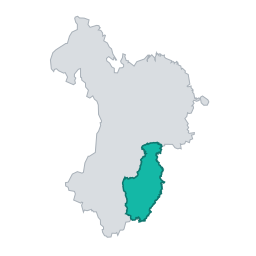 location of Xizang within China, rotated 272°
{"feature_id": "CHN-1662", "entity_name": "Xizang", "entity_type": "Autonomous Region", "adm_level": 1, "iso_a3": "CHN", "parent_name": "China", "parent_adm1": "", "projection": "robinson", "projection_center": [89.0, 31.884], "detail": "fine", "context": "in_parent", "style": "filled", "palette": "teal", "viewbox_px": 256, "rotation_deg": 272, "n_neighbors": 0, "source": "natural_earth", "source_scale": "10m", "svg_char_len": 9185}
<svg xmlns="http://www.w3.org/2000/svg" viewBox="0 0 256 256"><g transform="rotate(272 128 128)"><path d="M150.3,192.8L145.1,190.7L144.6,188.3L145.4,187.0L141.7,186.4L139.4,184.5L134.3,188.1L133.0,187.0L130.5,188.6L128.5,187.2L127.1,188.9L125.5,188.4L124.8,189.4L125.7,194.5L123.8,194.3L123.1,191.7L119.4,193.0L118.4,190.5L115.5,189.9L116.8,186.2L114.2,185.2L113.4,181.9L114.0,180.9L109.0,181.9L109.6,180.4L108.9,178.6L109.9,175.7L113.2,173.0L113.0,165.2L111.6,165.3L110.8,162.6L109.0,160.9L107.7,162.2L103.7,161.3L104.8,159.7L104.2,158.4L103.1,159.0L103.9,157.5L102.6,156.6L100.2,158.5L97.2,157.2L91.9,160.3L89.6,163.4L87.0,164.4L84.2,162.8L78.9,161.9L74.9,166.3L73.9,162.8L70.0,164.0L66.1,162.7L65.3,163.5L64.2,162.7L63.7,163.6L62.4,161.9L60.3,161.8L60.4,160.5L56.8,159.0L56.3,157.6L54.3,157.8L48.4,152.6L46.0,152.5L44.8,153.9L37.2,147.7L35.9,148.1L35.9,145.1L34.6,142.6L37.8,142.6L36.1,135.7L37.1,134.4L34.5,132.8L33.8,129.1L26.8,127.5L25.8,126.5L25.7,123.7L20.3,121.5L23.1,120.4L22.3,119.4L22.3,115.7L18.5,114.8L18.1,111.0L19.1,110.4L19.6,108.3L22.8,106.3L25.5,105.7L25.9,107.1L28.3,106.9L30.7,103.9L35.2,103.6L37.6,101.4L43.1,99.3L43.0,96.4L44.4,95.5L43.9,94.7L45.4,94.2L43.9,90.0L44.5,87.2L42.3,86.4L49.0,84.3L52.0,85.3L52.3,84.0L51.3,83.3L54.1,76.2L60.3,77.7L62.8,76.7L63.6,71.1L66.7,70.2L67.9,67.7L71.2,67.4L71.8,70.1L80.0,74.0L82.6,78.9L81.3,83.6L82.1,85.0L91.7,86.2L98.4,89.2L98.3,90.2L102.4,96.2L121.2,97.0L123.7,98.7L129.5,100.6L132.4,100.0L132.4,101.0L134.2,101.3L140.6,98.1L150.0,97.5L153.7,96.0L155.7,93.4L158.9,91.7L156.6,88.8L158.1,85.6L164.4,87.1L167.5,84.2L171.5,83.9L174.2,80.2L176.9,79.8L177.1,78.8L185.8,78.5L184.9,76.3L180.0,72.6L177.4,72.6L176.1,74.1L173.9,73.1L170.9,73.9L169.4,72.0L172.4,64.4L176.8,65.8L181.2,63.3L180.6,61.8L182.8,56.6L184.7,54.5L184.0,52.4L181.8,51.8L184.5,49.3L193.3,48.1L200.7,50.3L203.7,53.3L210.2,62.7L210.5,64.5L217.7,66.3L221.9,68.7L224.6,73.9L229.8,73.8L231.8,72.1L235.6,70.9L237.0,71.4L237.9,73.8L236.3,75.6L236.3,80.3L234.7,85.3L230.0,84.4L227.3,86.6L229.5,93.2L229.2,95.4L227.0,96.2L227.6,97.0L224.9,94.9L224.6,97.4L222.1,99.3L218.9,99.5L220.1,101.2L219.8,102.2L214.3,100.7L212.2,104.4L208.4,106.4L206.5,108.8L201.4,110.3L195.6,114.2L195.3,113.4L197.3,112.5L197.7,111.3L195.7,111.3L195.6,110.5L198.7,106.2L196.8,104.1L194.4,104.4L192.2,107.4L188.5,109.6L187.2,112.2L182.8,112.4L182.7,115.6L187.7,117.4L188.1,120.6L189.4,121.5L191.2,121.4L192.8,119.0L194.6,118.3L198.1,120.0L202.0,120.3L201.1,122.9L199.5,122.3L195.4,123.8L195.1,126.1L193.3,125.8L193.8,126.8L190.1,131.9L194.6,134.5L197.5,141.9L201.6,145.4L201.5,146.3L196.5,144.5L194.7,145.2L197.3,145.0L202.0,149.2L198.7,152.3L197.0,152.3L196.1,153.0L200.1,152.7L203.5,154.7L201.4,156.4L203.2,156.4L203.1,158.0L201.3,158.0L202.3,158.8L201.6,160.3L202.2,161.9L200.4,161.7L199.0,163.2L196.7,169.4L194.8,168.7L196.1,170.8L194.6,172.1L193.3,171.8L195.2,172.3L195.4,175.1L193.7,174.8L194.2,175.8L192.9,175.9L191.8,178.6L188.7,179.3L189.6,180.3L187.0,183.3L185.2,183.1L183.6,186.3L174.0,188.3L171.9,185.6L171.2,186.4L172.2,189.6L170.4,189.6L168.5,191.6L167.6,190.7L167.4,191.8L165.9,191.3L164.6,192.6L160.0,193.6L159.0,195.4L160.5,197.4L159.9,198.4L158.0,198.1L157.1,195.5L158.1,193.0L156.6,192.0L155.0,193.2L152.3,191.0L152.4,192.3L150.3,192.8ZM161.1,199.1L162.6,201.3L159.0,206.8L156.9,207.9L153.6,206.4L153.4,202.9L155.7,200.3L161.1,199.1ZM201.9,147.3L200.6,147.0L199.3,145.8L200.3,146.0L201.9,147.3ZM204.2,153.8L203.2,154.0L203.0,153.4L204.2,153.8ZM196.2,174.2L195.7,174.9L195.7,174.0L196.2,174.2ZM159.5,195.2L160.5,194.8L160.4,195.3L159.5,195.2Z" fill="#d9dde1" stroke="#a8b0b8" stroke-width="1"/><path d="M37.5,139.1L36.4,138.3L36.3,137.8L36.4,137.0L36.1,135.8L36.2,135.4L37.1,134.8L37.2,134.5L37.1,134.2L37.4,134.0L38.0,133.8L38.5,133.8L39.1,133.6L40.0,133.9L40.3,133.8L40.9,132.6L40.7,131.6L41.3,131.3L41.2,130.8L41.8,130.1L42.2,129.3L42.3,128.8L43.0,129.4L44.5,129.7L44.9,129.9L45.1,129.9L45.1,129.6L45.3,129.5L45.8,129.8L46.6,129.8L47.3,130.2L48.8,129.8L49.0,129.3L49.9,128.8L50.0,128.4L50.4,128.1L51.5,128.3L52.0,128.1L52.4,128.2L52.5,129.0L53.0,129.4L53.4,129.3L54.9,129.6L55.9,129.5L56.4,129.3L57.0,129.5L58.5,128.7L59.3,128.5L59.9,128.1L60.8,127.8L61.2,127.9L61.9,127.8L62.2,128.0L62.4,128.2L63.0,127.7L63.8,127.8L64.3,127.2L64.8,126.2L65.6,125.9L65.8,125.7L66.5,125.7L67.0,125.5L68.5,125.3L69.1,125.0L70.0,125.2L71.2,125.0L71.6,124.7L72.6,124.6L73.3,124.6L74.3,125.0L74.7,125.0L75.3,125.4L76.2,125.5L77.9,126.3L77.3,126.4L77.0,126.7L77.3,127.3L78.4,127.5L78.0,128.9L78.2,129.2L77.2,129.6L77.1,130.2L77.5,130.9L77.5,131.5L78.3,131.6L78.5,131.9L78.1,132.5L78.4,133.3L78.4,133.9L78.6,134.2L78.4,134.9L77.9,135.2L77.8,135.5L78.2,136.2L78.7,136.7L78.8,136.9L79.0,137.1L79.1,137.5L79.8,137.8L80.0,138.1L80.0,138.5L80.4,139.0L80.8,139.1L81.4,139.5L82.1,139.7L82.4,139.7L82.8,139.3L83.5,139.2L83.7,138.8L84.4,138.8L84.5,138.9L84.5,139.1L85.1,140.0L85.8,140.4L86.1,140.5L86.8,141.1L87.2,140.9L87.6,141.0L87.7,141.5L88.3,141.4L89.4,141.6L89.6,141.5L90.1,141.6L90.7,141.5L90.9,142.0L91.4,141.9L92.1,142.3L92.4,142.4L92.6,142.6L93.0,142.4L93.5,142.3L93.8,142.4L94.0,142.7L95.0,142.8L95.2,142.5L95.8,142.4L95.9,142.1L96.1,142.2L96.9,141.9L97.4,142.5L98.1,142.9L98.3,143.5L98.7,143.8L99.4,143.8L99.6,144.1L99.9,144.2L100.1,144.9L99.9,144.9L99.8,145.1L100.0,145.8L100.3,146.1L100.9,146.0L101.2,146.1L101.5,146.3L102.5,146.2L102.7,146.4L103.1,147.1L103.2,146.9L103.2,146.2L102.8,145.9L103.0,145.5L103.5,145.4L104.1,146.0L105.2,146.4L105.4,146.1L105.2,145.7L105.3,145.4L105.1,145.1L106.1,144.8L106.7,144.9L106.8,144.6L107.1,144.6L107.2,144.4L107.0,144.2L107.1,143.8L107.6,143.7L107.6,143.2L107.3,143.1L107.4,142.7L108.3,142.7L108.5,142.9L108.8,142.4L110.0,142.8L110.7,143.3L110.8,143.8L111.7,145.0L111.6,145.8L112.1,146.4L112.3,146.8L113.4,147.9L113.0,148.4L112.5,148.1L112.4,148.7L112.7,148.9L113.2,149.5L113.1,150.0L113.8,150.7L113.6,151.0L113.9,152.0L114.0,153.4L114.2,153.8L114.3,154.5L114.1,154.9L114.1,155.7L114.3,156.1L114.4,157.2L114.6,157.6L114.1,157.8L114.2,158.4L113.9,158.8L113.8,159.0L114.0,159.3L113.9,159.4L113.6,159.5L113.3,158.6L112.8,158.8L112.8,159.2L113.0,159.8L112.6,160.1L112.9,161.2L112.6,161.7L112.1,162.1L111.5,161.6L111.3,162.2L110.8,162.5L110.3,162.2L110.0,161.6L109.5,161.6L109.2,161.0L109.1,160.9L108.9,161.0L108.6,160.7L108.2,161.5L108.2,161.8L107.7,162.2L106.9,161.5L106.3,161.7L105.4,161.2L104.8,161.2L104.0,161.5L103.8,161.3L103.9,161.0L104.5,160.3L104.5,160.1L104.9,160.0L104.9,159.7L104.3,158.7L104.0,158.5L103.5,158.9L103.3,158.9L103.2,158.1L103.3,158.0L103.8,157.8L103.9,157.5L103.8,157.4L103.4,157.5L103.2,157.3L103.1,157.0L102.8,156.9L102.0,157.2L101.7,157.0L101.4,157.6L100.8,157.5L100.6,157.7L100.7,158.0L100.5,158.3L100.1,158.5L99.5,158.4L99.4,158.2L98.6,157.9L97.8,157.9L97.5,157.3L97.1,157.2L96.8,157.6L96.3,157.7L96.1,158.0L95.9,158.0L96.1,158.5L95.7,158.9L95.5,159.0L94.7,159.3L94.5,160.1L94.3,160.0L92.6,160.1L92.1,160.4L92.0,160.8L91.6,161.2L91.8,161.4L91.7,161.6L90.8,161.9L90.3,162.4L90.1,162.3L89.7,162.6L89.5,162.9L89.7,163.0L89.9,163.3L89.7,163.6L89.3,163.9L88.7,164.0L88.6,163.9L88.5,164.1L88.3,164.0L88.2,164.2L88.0,163.8L87.3,164.3L87.0,164.3L86.9,164.5L86.5,164.4L86.4,164.1L86.0,164.1L85.8,163.9L85.6,163.9L85.6,163.5L84.8,163.2L84.3,162.8L83.9,162.9L83.3,163.4L82.8,163.1L81.8,162.8L81.1,162.9L81.1,162.6L81.6,162.3L81.5,162.1L80.8,161.8L80.4,162.0L80.1,161.6L79.8,161.7L79.5,161.6L78.9,161.8L78.3,162.4L77.5,162.6L77.1,163.1L76.7,163.8L76.2,164.1L75.8,165.0L75.6,165.0L75.3,165.3L75.2,165.8L75.3,166.3L75.2,166.3L74.9,166.3L74.4,165.8L74.3,165.3L74.6,164.8L74.8,163.9L74.6,163.5L74.6,163.2L73.8,162.7L72.9,163.3L71.9,163.4L71.8,163.6L71.9,163.8L70.8,163.6L70.4,164.1L69.8,164.1L69.6,163.9L69.0,164.1L69.1,163.9L68.7,164.0L68.2,164.0L67.6,163.4L67.2,163.5L66.9,163.1L66.6,163.1L66.5,162.8L66.3,162.7L66.1,162.8L65.8,162.7L65.7,163.4L65.3,163.6L64.5,163.2L64.3,162.9L64.4,162.6L63.9,162.8L64.1,163.5L63.9,163.7L63.6,163.7L63.1,162.5L62.7,162.2L62.5,161.7L62.2,162.1L61.5,161.8L61.2,162.0L60.1,161.8L60.1,161.2L60.4,160.8L60.4,160.5L60.0,160.3L59.5,160.7L59.1,160.7L58.6,160.4L58.6,160.2L58.3,160.0L57.7,159.8L57.4,159.3L56.9,159.1L56.7,158.9L56.8,158.5L56.6,158.4L56.5,158.0L56.6,157.8L56.4,157.7L55.6,157.3L54.8,157.6L54.6,157.9L54.1,157.8L54.0,157.4L53.6,157.0L53.5,156.5L53.4,156.4L53.1,156.5L53.1,156.2L52.8,155.8L52.5,155.8L52.3,156.0L52.0,155.6L51.7,155.5L50.9,155.1L50.9,154.9L50.6,154.8L50.3,154.4L49.5,153.9L48.9,153.8L48.8,153.5L48.9,153.2L48.6,153.0L48.6,152.6L47.4,152.4L46.8,152.2L46.5,152.3L46.4,152.6L45.9,152.4L45.7,153.3L45.4,153.5L45.2,154.0L44.8,154.0L44.3,152.9L43.6,152.6L43.4,152.3L42.9,152.0L42.5,152.0L41.6,151.5L41.3,151.5L41.4,151.3L41.2,151.0L41.5,150.8L41.2,150.4L40.8,150.5L40.0,149.7L39.6,149.6L39.0,149.8L38.6,149.4L38.3,149.4L38.2,149.0L37.8,148.4L37.7,148.0L37.3,147.5L37.1,147.4L36.5,148.3L35.8,148.1L35.9,147.5L35.7,147.2L36.2,146.7L35.8,146.4L35.6,146.0L35.9,145.1L35.6,144.8L35.1,144.0L34.9,143.9L34.9,143.0L34.6,142.4L35.6,142.3L36.0,142.1L36.1,142.8L36.7,143.4L37.3,143.2L37.4,142.8L38.1,142.5L38.2,142.2L38.4,142.3L38.5,142.5L39.4,141.6L38.6,140.5L38.3,140.4L38.6,140.2L38.5,139.9L38.7,139.6L38.8,139.2L38.7,139.1L37.5,139.1Z" fill="#14b8a6" stroke="#0f766e" stroke-width="1.5"/></g></svg>